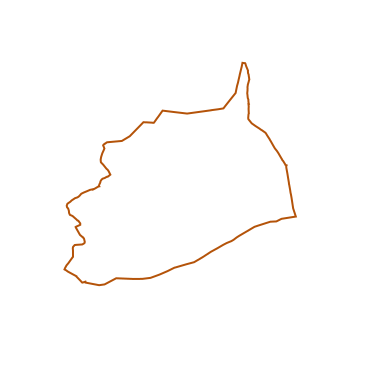 outline of San Pedro Jicayán, Oaxaca, Mexico, rotated 304°
{"feature_id": "50627088B38884346620814", "entity_name": "San Pedro Jicayán", "entity_type": "district", "adm_level": 2, "iso_a3": "MEX", "parent_name": "Mexico", "parent_adm1": "Oaxaca", "projection": "albers", "projection_center": [-98.034, 16.464], "detail": "fine", "context": "isolated", "style": "outline", "palette": "amber", "viewbox_px": 384, "rotation_deg": 304, "n_neighbors": 0, "source": "geoboundaries", "source_scale": "gbopen_adm2", "svg_char_len": 3342}
<svg xmlns="http://www.w3.org/2000/svg" viewBox="0 0 384 384"><g transform="rotate(304 192 192)"><path d="M327.3,161.6L325.9,162.2L324.7,162.7L323.0,163.4L322.9,163.4L315.9,166.0L315.0,166.4L310.8,168.0L308.3,169.0L305.2,170.0L300.6,171.9L298.5,172.8L292.4,172.3L289.9,172.1L282.1,171.5L280.4,171.4L278.9,171.3L278.3,170.7L275.1,167.3L274.4,166.5L270.5,162.1L270.4,162.1L254.3,144.1L248.1,132.1L243.0,122.1L242.9,122.1L238.5,122.0L235.0,121.9L233.3,121.8L228.5,121.7L228.0,121.6L227.4,120.7L227.2,120.2L225.6,117.5L224.3,115.3L223.4,113.9L222.7,112.7L218.7,112.0L203.4,109.2L195.1,105.3L185.9,94.0L185.3,93.5L184.5,93.3L183.3,92.7L183.2,92.8L182.1,92.3L181.3,92.2L180.9,92.3L180.1,93.6L179.9,93.9L179.0,95.1L178.6,95.1L178.0,95.3L173.9,96.0L170.2,97.1L169.5,97.4L167.9,98.1L166.7,99.0L165.7,99.9L165.6,100.2L165.0,103.1L163.4,108.2L163.3,109.5L162.6,111.3L160.7,114.6L157.8,113.7L157.5,113.5L157.3,113.1L156.8,112.9L155.9,112.3L154.9,111.9L153.1,110.5L151.8,110.1L150.6,110.1L150.2,110.1L149.5,110.2L148.7,110.6L147.7,110.8L147.3,110.8L144.7,111.4L144.8,111.5L144.7,111.8L144.6,111.7L144.3,111.5L144.0,111.3L143.8,111.1L141.4,110.0L140.4,109.5L139.5,109.0L138.8,108.6L139.0,108.4L137.6,107.1L136.8,106.3L135.5,105.5L133.5,104.2L131.1,102.6L129.2,101.5L128.6,101.2L128.0,101.1L127.0,101.0L126.1,100.9L124.5,100.5L123.3,99.9L121.5,98.5L117.6,96.9L116.0,96.6L112.9,95.4L112.5,95.3L110.6,95.8L109.7,96.7L109.4,97.1L109.2,97.9L109.1,98.5L108.7,99.0L107.6,100.4L105.9,101.8L104.8,103.5L105.3,106.4L104.6,111.8L104.3,113.0L104.6,113.8L103.5,116.9L102.3,117.7L98.4,115.3L97.9,115.1L97.4,115.9L95.0,120.7L93.8,123.1L93.5,125.8L93.3,126.8L93.5,127.1L92.9,128.6L90.7,131.0L89.7,131.4L88.6,131.1L87.1,130.3L83.3,125.4L82.4,124.4L80.0,124.1L79.4,124.3L78.6,124.7L77.0,126.0L71.7,129.6L71.1,129.5L63.8,129.3L61.0,129.0L57.8,129.3L56.5,129.6L56.7,131.6L56.6,133.3L56.6,133.5L57.2,140.0L57.5,142.9L57.4,142.9L55.9,150.0L55.5,151.4L55.6,151.7L55.8,151.9L55.8,152.0L58.1,153.8L57.6,154.4L57.4,154.5L62.8,167.1L66.5,171.2L78.1,177.4L87.3,192.3L92.2,199.4L97.6,205.6L102.4,209.1L105.3,211.2L112.8,216.0L119.5,219.8L120.1,220.4L129.0,227.8L135.0,233.0L144.0,237.3L153.0,241.1L160.0,244.7L165.6,247.4L169.1,249.3L173.3,252.1L175.6,253.2L179.2,254.4L182.0,255.6L198.1,263.3L201.1,265.6L207.3,270.5L211.2,273.6L214.8,278.4L219.8,281.2L225.4,287.2L229.7,291.8L235.0,285.0L242.6,278.0L245.3,275.4L246.5,274.1L248.8,272.0L252.3,268.6L252.9,267.9L253.7,267.3L257.5,263.7L260.6,260.8L264.9,256.6L266.0,255.7L267.0,255.5L266.7,254.3L267.0,253.9L268.7,250.2L268.9,249.2L269.7,247.8L269.7,247.7L270.8,245.4L272.5,241.9L273.5,239.5L274.5,236.3L275.9,233.4L276.1,233.0L278.0,229.2L278.7,227.7L278.9,227.2L279.4,226.4L279.8,225.3L281.1,222.3L282.0,220.4L282.2,219.6L282.3,215.4L282.2,214.0L282.3,212.6L282.2,207.8L282.3,203.1L283.8,198.3L284.0,197.9L284.8,197.2L288.0,195.4L289.1,195.1L289.2,194.9L292.6,192.4L294.6,191.2L296.4,189.7L296.5,189.6L296.8,189.9L297.4,189.2L298.9,187.9L300.1,187.1L301.0,185.8L302.0,184.9L303.5,183.7L304.7,182.6L307.3,181.2L307.7,180.9L309.3,179.9L310.0,179.3L311.0,178.9L312.1,178.3L315.2,177.3L315.9,177.0L316.6,176.8L317.5,176.5L317.7,176.2L319.0,175.1L319.9,174.2L321.0,173.3L321.8,172.1L323.1,171.0L323.9,170.6L326.5,166.7L327.5,165.4L328.2,164.6L328.5,164.0L327.7,162.5L327.3,161.6Z" fill="none" stroke="#b45309" stroke-width="2"/></g></svg>